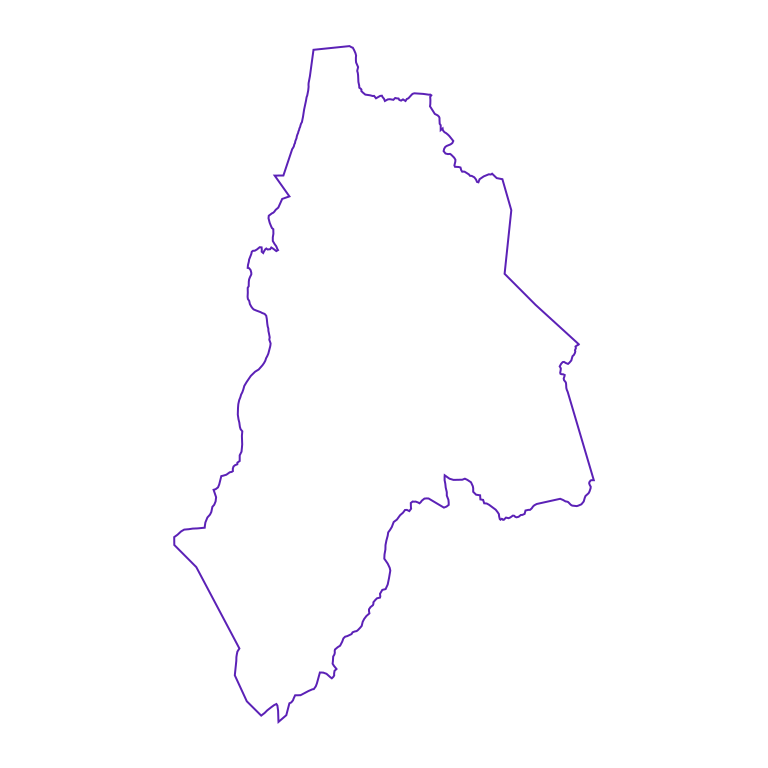 the district of San Juan Petlapa, Oaxaca, Mexico
{"feature_id": "50627088B64815055084686", "entity_name": "San Juan Petlapa", "entity_type": "district", "adm_level": 2, "iso_a3": "MEX", "parent_name": "Mexico", "parent_adm1": "Oaxaca", "projection": "equal_earth", "projection_center": [-96.046, 17.489], "detail": "fine", "context": "isolated", "style": "outline", "palette": "violet", "viewbox_px": 768, "rotation_deg": 0, "n_neighbors": 0, "source": "geoboundaries", "source_scale": "gbopen_adm2", "svg_char_len": 6073}
<svg xmlns="http://www.w3.org/2000/svg" viewBox="0 0 768 768"><path d="M278.5,721.9L286.3,715.2L289.4,703.3L291.3,702.4L293.0,700.3L293.6,698.6L295.1,695.3L300.5,695.2L308.5,691.0L312.4,689.3L313.8,689.1L315.8,686.3L316.9,683.4L319.9,672.5L323.2,672.6L326.5,673.8L330.2,677.1L331.8,678.3L333.3,676.9L334.2,675.4L334.1,673.8L334.5,670.9L336.5,669.0L333.9,665.8L332.6,663.7L332.9,661.3L333.2,656.5L334.4,654.5L334.8,652.8L334.7,650.9L335.0,649.5L337.7,647.2L340.1,645.7L342.2,641.7L343.4,638.4L345.1,636.7L347.3,636.1L351.5,634.1L352.6,632.3L354.6,631.5L356.6,631.1L357.9,630.1L360.2,627.7L361.7,625.9L362.7,621.8L364.2,618.9L366.5,615.9L369.4,613.4L369.0,611.1L369.0,609.3L370.5,607.1L372.9,605.2L373.4,603.9L373.4,602.3L375.2,600.1L377.0,598.3L380.0,597.6L380.3,596.4L380.0,593.8L382.3,589.9L385.6,589.1L387.7,584.5L389.0,578.2L390.3,570.6L389.7,567.8L387.7,563.6L384.3,558.7L384.5,554.5L385.4,549.5L385.5,545.1L386.4,540.5L387.7,535.7L388.2,532.4L390.1,529.8L391.8,527.0L393.7,522.0L396.9,519.6L400.1,515.2L403.0,512.7L405.0,510.0L406.9,509.9L409.3,511.1L411.1,508.7L410.9,507.0L410.8,503.0L412.7,501.5L413.9,501.7L415.7,501.6L418.1,502.5L419.5,503.3L420.8,502.1L421.8,500.7L424.4,498.6L426.6,498.4L428.6,498.5L443.9,507.6L446.5,506.6L448.7,504.9L448.7,502.7L448.4,499.8L446.8,495.6L446.8,492.2L445.7,487.5L445.3,483.7L444.6,480.2L444.6,476.7L444.7,475.3L449.5,478.7L453.5,479.9L462.3,479.7L464.9,478.7L467.4,479.9L471.0,482.3L472.8,486.2L473.2,488.3L473.2,491.8L476.1,494.7L480.1,495.3L480.4,499.4L483.1,499.9L484.2,503.3L486.7,503.5L489.1,504.8L495.7,509.7L497.5,512.0L498.9,514.1L499.1,516.2L499.8,519.1L500.5,519.7L501.7,518.8L502.5,519.1L503.0,519.8L503.8,519.8L506.0,517.6L508.6,518.2L510.2,517.5L512.9,515.6L514.3,515.8L515.3,516.9L516.6,517.3L518.6,516.8L520.8,515.0L522.4,514.9L524.6,513.9L525.5,510.5L528.2,509.9L530.0,509.9L531.7,508.4L533.0,506.5L534.3,505.3L536.7,504.0L560.2,498.8L563.1,500.0L565.5,501.4L566.9,501.6L568.2,502.1L570.8,504.8L572.2,505.6L576.8,506.1L578.4,505.6L581.4,504.3L583.7,501.5L584.8,497.7L585.5,496.0L588.6,493.2L589.5,491.5L590.6,488.2L590.7,486.6L589.9,485.3L589.2,483.5L589.3,482.3L590.6,480.5L591.4,480.2L593.8,480.2L567.7,391.9L566.8,389.8L566.3,387.9L566.1,384.0L565.8,382.4L564.0,380.1L563.7,378.4L564.5,376.2L564.7,375.0L563.2,374.3L561.5,374.2L560.5,373.8L560.2,372.8L560.7,370.0L560.8,368.3L559.7,366.4L561.2,363.7L562.7,362.1L564.0,361.9L565.8,363.0L568.0,363.9L569.3,362.8L571.3,360.5L572.5,356.2L573.9,354.9L574.9,353.0L575.3,351.5L575.0,350.2L575.9,348.1L575.5,346.5L577.4,345.2L578.5,344.7L578.8,344.3L535.5,304.8L504.6,273.8L511.3,210.2L502.4,179.2L496.7,178.1L492.1,173.7L490.9,174.5L488.8,174.3L483.7,176.4L479.6,179.2L478.4,182.3L477.0,181.9L476.0,179.5L474.3,177.3L471.7,175.9L470.0,175.8L468.9,174.4L464.6,171.7L463.5,171.6L462.2,171.7L461.2,170.1L460.5,167.5L458.7,167.0L455.0,166.8L454.4,165.4L455.3,161.7L455.4,159.7L454.1,157.6L451.1,154.6L450.0,153.9L448.0,154.1L445.5,153.5L443.6,151.1L444.2,148.7L445.3,146.9L446.8,145.9L450.5,144.4L452.3,143.1L453.3,141.0L449.4,136.1L447.9,134.6L446.2,133.2L444.5,132.2L443.5,131.1L442.8,130.0L442.6,128.5L440.7,130.1L440.7,125.2L439.7,123.8L439.5,119.6L439.5,118.0L439.0,116.7L437.7,115.4L434.8,113.9L430.0,106.3L430.3,104.2L430.4,100.1L430.2,96.8L431.3,95.3L430.3,94.6L428.9,94.7L423.2,93.9L414.3,93.3L412.5,93.9L411.3,95.1L408.4,98.3L406.8,99.0L405.5,101.0L403.0,99.4L401.1,100.6L399.4,100.0L398.5,98.5L397.0,98.4L395.2,98.0L393.4,99.8L389.9,99.2L387.8,99.4L384.9,101.0L383.9,98.6L382.7,97.3L381.9,95.7L380.2,95.9L376.0,98.3L374.1,95.9L372.7,96.0L370.1,95.3L365.3,94.6L362.8,92.5L361.4,91.1L361.4,89.5L360.6,88.6L359.3,87.7L359.2,85.7L358.4,81.9L358.1,75.5L357.8,73.0L357.2,70.9L358.1,67.1L356.1,62.5L355.9,60.3L355.9,57.3L356.1,55.7L355.5,53.3L354.1,50.1L352.8,47.7L351.6,47.3L349.5,46.1L313.5,49.8L309.9,76.3L308.6,83.1L308.5,84.9L308.6,86.8L308.2,90.5L307.2,95.6L306.6,97.1L306.0,100.7L304.1,109.6L303.0,116.8L301.9,122.2L301.1,123.5L300.5,125.3L300.1,127.0L299.4,128.4L299.1,129.9L298.4,131.5L298.1,133.0L297.4,134.5L296.8,136.4L296.5,138.2L295.3,141.2L295.0,143.1L294.3,144.4L293.9,146.2L293.2,147.6L292.2,149.1L283.4,175.5L274.7,175.6L289.4,196.4L282.2,198.9L278.3,207.6L275.7,209.8L274.4,211.6L273.3,212.7L272.0,213.3L268.8,215.7L268.5,218.2L269.7,222.8L271.0,226.0L271.9,228.0L273.3,229.2L273.4,233.8L272.8,237.3L272.8,241.0L274.7,244.2L276.2,246.2L277.5,249.3L278.0,250.1L276.3,251.1L273.5,248.9L271.3,247.5L270.2,249.2L267.6,249.5L266.3,248.5L265.2,249.4L263.9,251.5L263.2,253.0L261.7,251.7L261.8,249.9L261.6,247.4L259.7,247.2L256.9,249.5L254.8,250.7L253.0,250.8L251.8,251.7L251.3,254.0L249.1,259.6L248.8,261.8L248.0,264.9L247.7,267.9L249.1,268.2L250.6,270.1L251.3,272.8L251.3,274.4L249.9,277.3L249.1,279.4L248.8,281.6L248.7,286.2L247.7,287.9L247.8,292.7L247.6,296.8L247.9,299.0L249.2,300.9L249.9,304.1L251.4,306.8L252.7,308.5L253.8,309.5L256.2,310.5L260.5,312.1L262.2,313.0L264.6,313.9L266.2,315.7L266.8,318.9L267.3,323.9L267.7,326.5L268.3,328.5L268.4,330.9L268.9,333.2L269.7,337.3L269.3,339.7L270.6,343.4L270.4,345.3L270.1,346.8L268.3,353.7L267.2,356.2L266.1,358.2L265.3,360.7L264.1,362.9L262.5,365.2L258.7,369.5L255.1,371.7L250.8,375.9L246.7,381.9L244.3,385.9L243.3,389.5L242.3,392.3L241.1,394.6L240.3,397.4L239.2,400.1L238.3,404.2L238.0,408.0L237.8,414.6L238.5,419.3L239.3,422.5L239.9,426.9L240.6,429.2L242.3,431.3L241.9,435.9L242.2,444.4L241.9,448.0L241.5,451.7L239.7,455.3L239.7,461.0L237.4,462.6L237.3,464.3L235.0,465.2L233.5,466.5L232.8,468.8L232.9,471.1L231.7,471.9L229.7,472.3L226.4,474.7L223.1,475.7L221.3,476.1L219.2,484.5L218.0,487.4L215.6,489.2L213.6,489.8L216.1,497.2L215.6,501.4L214.2,504.8L212.4,506.8L211.3,512.0L210.0,514.6L207.4,517.5L205.4,522.4L204.9,525.6L204.7,527.7L197.5,528.4L192.7,528.6L188.8,529.2L184.2,529.6L181.1,531.4L177.4,534.8L174.2,537.1L174.3,545.0L196.3,567.1L239.4,648.5L237.4,651.6L236.8,654.5L236.4,657.1L236.3,660.9L234.8,675.3L246.8,701.3L261.2,715.6L264.6,713.0L267.2,710.4L271.0,707.4L274.0,705.2L276.4,704.0L277.4,705.6L278.1,710.7L278.4,720.2L278.5,721.9Z" fill="none" stroke="#5b21b6" stroke-width="2"/></svg>